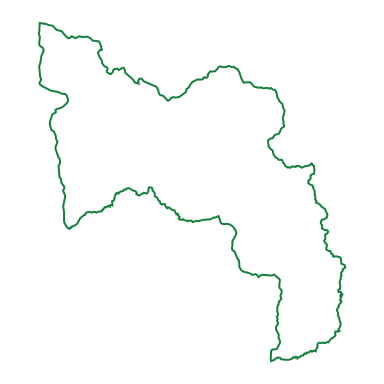 Aguadas, Caldas, Colombia (Mercator projection)
{"feature_id": "7082276B11413652619505", "entity_name": "Aguadas", "entity_type": "district", "adm_level": 2, "iso_a3": "COL", "parent_name": "Colombia", "parent_adm1": "Caldas", "projection": "mercator", "projection_center": [-75.406, 5.579], "detail": "fine", "context": "isolated", "style": "outline", "palette": "green", "viewbox_px": 384, "rotation_deg": 0, "n_neighbors": 0, "source": "geoboundaries", "source_scale": "gbopen_adm2", "svg_char_len": 5901}
<svg xmlns="http://www.w3.org/2000/svg" viewBox="0 0 384 384"><path d="M71.7,36.2L69.6,38.1L68.0,38.2L64.1,34.3L61.8,31.3L56.5,29.8L52.7,25.8L48.1,24.9L46.3,24.1L39.7,23.0L39.3,31.5L38.8,33.8L39.9,36.9L39.1,43.8L40.0,46.1L42.1,47.2L43.2,48.7L43.7,50.7L41.3,56.2L40.4,62.6L39.2,66.2L40.1,76.6L41.2,79.5L39.4,83.1L39.9,84.3L41.9,86.0L50.8,90.6L58.2,92.0L61.6,93.7L65.2,94.0L66.7,95.4L68.2,100.3L67.1,102.9L63.2,106.5L60.5,108.1L57.1,108.8L55.4,110.0L55.9,112.2L52.5,114.3L50.3,120.3L49.8,123.4L49.9,125.0L51.6,130.2L53.8,131.3L55.7,135.5L56.0,138.6L57.3,141.5L57.3,142.6L55.6,146.8L55.5,148.9L58.2,156.6L59.6,158.9L60.1,161.2L59.8,164.2L58.8,165.2L58.6,166.6L59.5,177.0L60.8,178.9L61.3,182.6L63.7,185.8L64.3,187.5L64.3,188.4L63.1,190.4L65.3,196.0L63.2,206.5L64.1,212.9L64.0,220.1L64.3,222.6L66.8,227.0L69.3,228.9L70.2,227.9L71.0,227.9L71.3,226.7L71.9,226.9L74.1,225.5L75.4,225.2L77.3,223.5L80.3,218.1L84.3,214.9L85.2,214.8L85.5,213.6L87.1,212.2L88.5,211.9L92.5,212.5L94.3,211.8L96.4,212.5L100.1,211.3L101.4,211.4L102.5,210.5L102.3,209.6L103.4,209.1L105.0,207.0L106.7,207.3L108.0,205.8L109.8,206.7L109.8,205.5L110.5,205.1L112.4,205.4L112.1,201.1L114.0,200.3L115.0,195.9L116.1,193.4L117.2,192.8L118.1,193.7L120.5,191.5L123.1,191.0L124.1,189.5L126.1,189.4L127.0,188.3L128.3,188.2L130.1,188.7L132.7,190.5L135.5,191.1L136.8,193.0L136.3,194.0L139.0,195.6L143.7,192.8L146.9,193.5L148.2,191.7L148.8,187.6L150.0,187.2L151.9,187.9L152.4,188.5L152.5,190.3L154.7,192.9L154.8,196.3L156.3,197.0L158.0,198.9L158.2,200.1L159.8,201.3L160.2,203.0L161.8,204.6L163.1,204.1L165.0,204.2L165.6,206.3L167.2,208.3L167.6,208.3L167.9,207.5L169.3,207.6L172.2,210.0L174.5,210.3L176.3,214.2L177.7,213.7L178.1,214.2L177.9,215.3L179.6,216.8L179.5,217.9L178.7,218.6L179.8,219.6L181.7,219.9L183.0,219.2L184.1,220.2L186.7,220.6L187.5,221.3L188.4,220.8L191.5,220.6L192.7,222.1L196.6,220.8L198.8,221.0L203.4,219.8L210.2,219.4L213.9,217.5L215.6,217.5L218.6,216.1L220.3,221.4L221.4,223.3L222.3,223.9L225.4,224.1L226.2,223.7L230.0,224.5L233.3,226.9L235.7,230.6L236.4,233.8L232.3,241.6L232.5,245.0L231.9,248.0L232.5,250.2L234.7,251.8L237.2,258.3L239.0,260.4L238.7,261.8L239.3,263.1L239.3,266.9L241.2,270.1L244.0,271.9L248.8,272.9L252.2,274.8L255.9,274.2L257.6,275.7L258.4,277.1L261.6,274.8L271.8,275.5L274.1,274.6L279.3,279.0L279.9,279.9L279.2,286.7L279.8,288.2L281.7,290.5L281.5,292.9L280.4,295.8L281.4,298.8L278.9,301.7L278.6,304.1L277.5,306.4L277.2,311.2L278.1,313.8L278.0,315.0L276.9,316.5L277.6,318.4L277.1,320.9L278.1,322.9L277.4,324.9L276.1,326.8L276.0,329.4L278.8,334.7L278.5,337.8L280.0,340.9L280.0,342.8L276.9,348.8L275.4,349.4L272.6,349.4L271.2,350.7L270.7,358.8L271.0,361.0L274.2,360.0L275.3,358.7L277.9,357.5L280.1,357.9L281.3,359.3L285.8,359.8L288.8,359.8L291.9,358.8L293.6,357.0L294.3,357.7L295.9,357.7L296.1,356.9L297.3,357.6L297.5,358.3L298.3,357.3L299.2,357.3L301.4,355.7L303.2,355.4L303.8,354.3L305.0,353.4L306.1,353.8L306.4,352.7L309.1,352.5L309.9,351.2L311.5,350.9L312.0,351.7L314.1,350.6L315.7,351.4L316.1,349.5L317.6,346.8L317.3,345.5L317.8,343.7L318.9,342.8L321.8,343.0L323.2,342.6L325.3,343.1L327.1,342.0L328.2,342.4L331.4,338.5L333.3,337.6L335.5,335.3L335.0,332.7L335.4,331.5L337.8,331.7L339.3,330.9L338.2,330.2L340.4,325.8L340.7,322.5L339.9,321.7L338.9,317.1L337.8,315.2L338.3,313.4L336.9,310.5L337.4,308.4L338.9,307.0L338.6,305.4L341.4,301.8L341.3,300.7L340.1,300.3L341.1,297.2L340.2,296.0L340.6,295.1L341.2,295.7L341.9,295.7L342.5,294.1L341.2,292.9L340.6,291.6L338.6,292.1L338.2,289.9L340.0,288.8L340.3,285.1L339.7,283.7L339.8,281.0L340.8,278.9L340.8,276.2L341.5,275.4L340.9,272.9L342.7,270.9L343.0,268.9L345.2,267.8L345.1,266.3L344.5,265.0L341.4,263.7L340.7,258.0L340.1,257.3L336.1,256.3L333.3,256.7L333.1,254.6L331.5,254.0L330.3,251.0L328.9,251.1L326.1,249.4L327.0,244.9L324.5,241.8L324.2,240.7L325.4,239.0L325.1,234.6L327.6,233.2L328.1,231.1L327.0,230.2L325.0,230.1L322.0,228.5L322.2,225.3L321.1,223.8L320.7,222.3L321.8,219.7L324.6,219.1L326.9,217.3L327.4,215.4L327.2,214.0L324.8,208.8L321.6,206.7L319.3,204.0L315.9,202.5L316.5,201.2L315.1,199.3L315.5,196.9L314.7,194.8L314.8,191.4L313.1,187.8L313.3,186.7L312.5,185.4L310.3,184.7L308.1,182.9L308.7,181.4L308.5,180.3L310.0,179.5L310.7,178.1L310.4,175.8L311.6,174.5L314.0,173.7L314.4,169.7L314.0,165.9L312.3,165.1L312.1,163.7L311.5,163.4L309.5,165.4L305.4,166.1L301.7,167.7L299.0,165.9L296.4,166.0L295.8,166.8L293.8,166.8L292.7,166.3L289.9,167.8L288.7,167.2L287.5,167.5L285.2,165.9L284.7,164.5L283.2,162.8L281.9,159.8L278.6,159.8L277.2,158.2L275.8,157.6L273.4,154.2L272.8,150.7L270.9,149.3L268.6,146.3L268.0,141.5L268.4,139.9L270.7,138.5L272.9,138.1L273.5,136.6L275.0,134.9L278.8,133.7L280.2,131.4L280.6,129.5L281.9,128.0L283.9,126.7L284.2,125.7L283.5,124.0L283.4,120.2L282.8,118.3L284.7,110.5L283.2,108.2L282.4,104.1L279.0,100.8L278.6,99.0L277.3,97.6L276.5,92.6L275.2,90.2L272.4,89.3L271.0,88.0L269.5,88.7L267.5,87.9L264.0,88.2L261.9,88.0L260.9,87.3L258.8,87.8L254.6,86.8L253.3,85.9L251.8,83.6L249.4,82.1L243.7,82.7L241.4,78.6L239.4,72.4L237.2,68.8L235.3,68.3L233.9,66.8L231.3,67.0L229.4,66.0L227.6,66.2L226.4,67.0L223.7,67.2L220.1,66.4L218.6,67.0L217.2,69.2L214.8,71.4L210.1,71.5L207.8,74.6L207.8,76.5L207.0,77.6L205.9,77.9L204.9,77.3L203.6,77.4L203.0,79.0L202.3,79.5L197.4,79.5L192.8,81.7L190.4,84.4L188.9,87.4L186.7,88.9L185.8,92.1L179.5,96.8L175.9,97.6L173.0,97.1L170.5,98.5L169.4,100.1L167.9,100.8L163.5,96.0L159.8,94.8L159.0,93.5L157.9,89.3L156.3,86.7L143.9,81.4L141.6,78.7L139.7,78.7L138.6,79.9L138.0,81.8L138.7,83.6L135.0,82.6L132.8,79.3L125.2,72.7L124.6,69.3L123.8,67.9L122.3,67.9L118.9,70.1L117.2,68.7L114.7,69.0L113.3,70.2L112.9,71.8L111.2,73.9L110.0,74.0L107.2,72.3L106.7,71.4L107.6,68.7L107.2,67.5L104.3,66.1L102.2,63.4L101.5,59.4L99.7,57.6L98.1,53.3L98.1,52.2L99.2,51.4L100.0,49.8L101.6,50.0L101.8,49.3L100.4,44.2L98.9,41.4L92.7,40.6L90.0,37.9L87.1,36.6L82.5,37.1L79.3,36.3L75.5,38.2L71.7,36.2Z" fill="none" stroke="#15803d" stroke-width="2"/></svg>